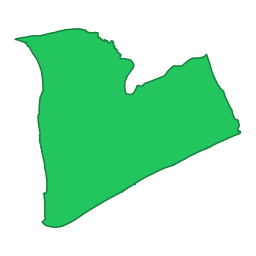 Tanah Laut, Kalimantan Selatan, Indonesia
{"feature_id": "22746128B54914598899185", "entity_name": "Tanah Laut", "entity_type": "district", "adm_level": 2, "iso_a3": "IDN", "parent_name": "Indonesia", "parent_adm1": "Kalimantan Selatan", "projection": "robinson", "projection_center": [114.872, -3.844], "detail": "fine", "context": "isolated", "style": "filled", "palette": "green", "viewbox_px": 256, "rotation_deg": 0, "n_neighbors": 0, "source": "geoboundaries", "source_scale": "gbopen_adm2", "svg_char_len": 5366}
<svg xmlns="http://www.w3.org/2000/svg" viewBox="0 0 256 256"><path d="M120.9,54.5L120.3,54.7L120.0,54.5L119.1,53.3L117.8,52.2L117.5,51.4L117.1,51.0L117.2,50.1L116.3,49.2L115.3,48.6L114.1,48.1L114.2,47.5L114.5,47.1L114.8,47.1L114.9,46.6L114.8,46.2L113.6,45.0L113.3,44.3L113.1,43.7L113.6,43.1L113.6,42.8L113.5,42.4L113.4,42.3L112.8,42.1L112.8,41.8L113.0,41.6L113.0,41.2L112.8,41.1L111.3,40.9L110.1,42.2L109.9,42.9L109.7,43.2L109.1,43.0L108.6,43.0L108.1,42.5L107.6,42.3L107.7,41.5L107.6,40.9L107.3,40.6L107.0,40.7L106.1,41.2L105.9,41.1L105.5,40.6L105.4,40.6L105.5,40.9L105.4,40.9L105.0,40.5L105.2,40.3L105.0,40.1L105.2,39.8L104.9,39.6L104.7,39.8L104.6,40.5L104.5,40.8L104.3,40.7L103.7,40.5L103.2,40.3L102.9,40.4L102.6,40.3L102.5,39.9L102.1,39.9L101.9,39.7L101.5,39.5L101.2,39.0L101.0,38.9L100.3,38.3L100.0,37.9L99.8,38.0L99.3,37.6L99.0,37.7L98.7,37.5L98.5,37.3L98.5,37.0L98.6,36.6L98.5,36.4L98.2,36.2L98.1,35.9L98.1,34.8L98.2,34.7L98.1,34.2L98.1,33.6L97.8,32.9L97.5,33.0L96.9,32.7L95.7,32.7L95.1,32.4L94.2,32.7L93.1,32.8L92.8,32.7L92.5,32.7L92.3,32.9L91.8,33.0L91.5,32.8L90.6,32.9L89.2,32.5L88.4,32.4L86.7,31.6L86.3,31.6L86.4,31.3L86.2,30.7L85.8,30.3L85.6,30.4L85.3,30.5L85.1,30.1L84.9,30.1L84.3,30.4L84.1,30.1L83.6,29.9L83.1,29.6L82.2,29.5L82.0,29.4L81.8,29.2L81.2,29.4L79.5,28.8L78.0,28.9L77.5,28.8L72.6,29.1L71.0,29.4L67.5,29.5L65.5,29.8L58.7,31.3L54.6,32.5L52.0,32.9L42.5,35.2L40.8,35.7L40.1,36.2L38.5,35.8L33.5,35.8L29.7,36.4L25.6,37.2L23.8,37.4L21.2,37.9L19.0,38.2L16.0,38.9L15.4,39.2L16.2,39.8L17.1,39.8L17.4,39.9L18.1,39.9L20.2,40.8L21.5,41.1L21.8,41.3L22.4,41.8L23.3,41.9L23.9,42.2L24.6,42.7L25.4,42.9L25.6,42.9L25.8,42.6L25.7,42.2L26.0,42.6L26.4,42.4L26.2,43.2L26.4,43.9L26.7,44.3L26.9,44.9L27.3,45.2L27.7,46.0L27.9,45.9L28.4,46.6L29.3,47.0L29.6,47.3L30.2,48.8L30.5,49.5L31.4,50.8L32.4,52.8L33.1,53.9L34.0,55.0L34.7,56.1L36.4,58.4L38.2,62.1L40.1,67.0L41.2,70.4L41.8,73.4L41.8,73.8L42.2,76.5L42.5,77.4L42.5,79.2L42.8,83.0L43.0,87.5L43.2,88.8L43.0,89.2L42.7,92.4L42.3,92.3L42.0,92.7L41.3,94.7L40.5,96.6L40.2,97.4L39.5,103.0L39.5,103.9L39.1,110.0L39.1,111.2L39.5,112.6L39.3,113.1L39.4,113.4L39.1,113.6L38.8,114.0L38.7,114.0L38.6,114.6L38.2,115.5L38.1,116.3L37.9,116.9L38.1,118.1L38.5,123.8L39.4,128.3L39.4,128.9L39.6,129.7L39.5,129.9L40.1,133.4L40.1,134.3L39.6,134.8L39.6,135.4L39.5,135.5L39.5,135.8L39.9,137.5L39.7,138.2L39.7,141.1L41.1,147.4L41.0,147.6L40.8,147.8L41.3,148.4L41.5,149.5L41.7,150.3L41.9,150.5L41.8,151.0L41.8,151.6L42.2,152.8L44.4,163.4L44.7,164.1L45.1,164.8L44.8,165.2L44.7,165.6L44.6,167.1L45.6,171.6L46.1,174.5L46.8,180.0L46.9,183.0L46.9,188.3L47.1,188.8L46.9,188.9L46.8,189.1L46.5,191.8L46.2,192.8L45.9,193.2L45.5,193.3L44.9,193.0L44.3,193.1L43.6,193.7L43.5,193.9L43.9,194.1L44.1,195.0L44.4,195.6L44.4,196.9L44.4,197.2L44.2,197.3L44.7,200.8L44.9,204.9L44.8,213.4L44.9,214.0L44.8,214.9L45.1,218.6L44.8,219.6L44.1,220.5L43.3,221.2L42.4,221.6L42.2,221.9L42.3,222.1L42.6,222.5L43.7,223.9L45.2,224.9L46.6,225.7L47.4,226.0L48.7,226.3L51.8,226.9L52.7,227.1L55.4,227.2L57.4,227.1L59.2,226.9L62.0,226.1L64.1,225.4L68.6,223.3L74.0,220.3L77.5,218.1L83.2,214.1L83.4,213.9L82.4,214.6L82.2,214.6L83.6,213.5L84.8,213.1L89.3,210.2L93.9,207.5L94.8,206.9L98.3,204.9L98.8,204.4L100.2,203.8L105.3,200.7L110.2,198.0L120.5,192.5L122.0,191.9L122.2,191.7L122.5,191.7L122.4,191.3L122.3,191.1L122.3,191.6L122.1,191.7L122.1,191.2L122.4,190.9L122.5,191.1L123.4,190.9L124.0,190.6L128.4,187.5L131.5,185.8L134.2,184.1L134.6,183.9L134.9,184.0L135.1,184.4L135.3,184.3L135.0,183.9L135.2,183.6L136.1,182.8L138.3,181.5L138.2,181.2L138.7,180.8L140.1,180.2L139.5,180.7L143.7,178.2L147.4,176.2L152.8,173.7L155.7,172.1L158.8,170.7L159.1,170.4L159.8,170.2L163.9,168.3L169.3,166.4L173.4,165.2L173.9,164.9L174.5,164.7L174.6,163.9L174.9,163.7L175.1,163.9L175.4,163.9L175.6,163.7L176.1,163.7L177.7,162.7L178.1,162.6L178.8,162.3L178.8,161.9L179.2,161.5L179.5,161.6L180.9,161.0L184.8,159.0L186.7,157.8L187.5,157.5L190.4,155.8L192.2,155.0L196.5,152.8L202.2,150.2L204.9,149.2L205.9,149.0L206.6,149.0L206.9,148.6L207.0,147.6L207.3,147.3L207.6,147.5L207.8,147.5L208.6,147.7L209.5,147.3L213.1,145.1L216.6,143.5L218.4,142.5L222.8,140.8L223.5,140.3L223.9,140.2L224.0,139.9L225.3,139.6L226.6,139.0L228.0,138.3L227.9,138.2L228.1,138.2L229.3,137.8L234.6,135.5L237.1,134.5L238.3,134.0L239.2,133.7L239.6,133.5L239.8,133.1L240.0,133.0L240.6,132.5L240.3,131.5L239.1,130.9L238.2,131.0L238.2,130.0L237.8,128.9L238.4,126.9L239.1,126.7L239.2,124.6L238.4,122.8L238.4,121.3L238.0,120.3L237.3,119.8L236.4,119.5L235.7,119.4L234.8,119.1L234.2,118.0L234.0,116.9L233.2,115.6L233.0,114.3L232.3,112.9L232.4,111.5L231.8,110.7L231.8,109.6L231.1,108.8L230.9,108.8L224.9,96.2L223.6,91.3L220.4,88.5L220.1,88.4L219.8,87.2L219.5,86.5L218.5,85.6L218.0,84.9L217.0,83.0L215.1,79.2L213.1,74.8L211.8,70.9L210.7,67.8L210.3,65.6L206.6,54.6L205.8,55.1L203.9,56.8L199.2,58.0L193.4,58.1L191.2,58.8L186.8,61.7L182.0,65.8L181.0,66.1L173.8,65.9L171.9,67.2L169.6,69.3L167.8,71.2L165.4,74.8L164.5,75.4L163.7,76.2L150.3,81.5L144.9,83.3L144.4,83.7L142.3,85.9L141.6,86.2L137.5,85.4L136.9,86.3L135.9,89.0L134.0,92.3L132.8,93.6L130.5,94.5L128.8,94.5L127.1,94.0L126.3,93.5L125.3,92.1L125.2,89.9L124.8,88.6L124.7,86.6L124.9,81.8L127.4,75.8L133.5,67.3L133.7,65.2L133.5,64.2L132.5,62.2L130.7,60.0L123.6,58.6L122.3,58.6L121.1,58.8L120.6,58.7L120.2,58.2L120.1,57.7L120.8,55.2L120.9,54.5Z" fill="#22c55e" stroke="#15803d" stroke-width="1.5"/></svg>